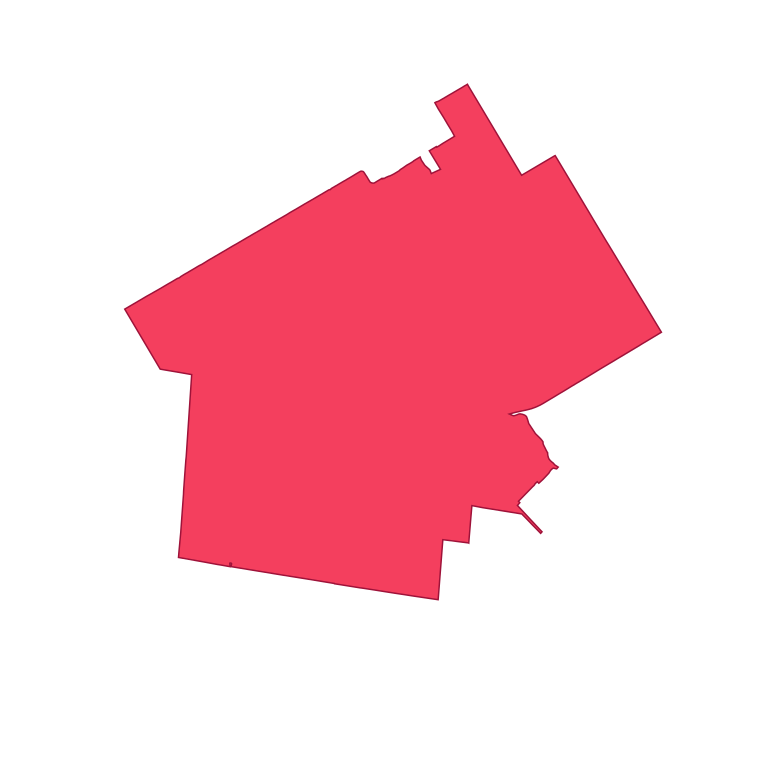 the district of Scanteia, Ialomita, Romania, rotated 238°
{"feature_id": "2599482B4025904881025", "entity_name": "Scanteia", "entity_type": "district", "adm_level": 2, "iso_a3": "ROU", "parent_name": "Romania", "parent_adm1": "Ialomita", "projection": "natural_earth1", "projection_center": [27.447, 44.74], "detail": "fine", "context": "isolated", "style": "filled", "palette": "rose", "viewbox_px": 768, "rotation_deg": 238, "n_neighbors": 0, "source": "geoboundaries", "source_scale": "gbopen_adm2", "svg_char_len": 4539}
<svg xmlns="http://www.w3.org/2000/svg" viewBox="0 0 768 768"><g transform="rotate(238 384 384)"><path d="M487.0,650.2L487.1,649.4L487.2,646.0L488.1,611.3L559.0,612.8L592.8,613.5L594.0,613.6L594.0,613.2L594.0,612.4L594.0,611.7L594.1,610.4L594.1,607.4L594.3,601.2L594.3,600.6L594.6,591.2L594.6,590.3L594.9,580.8L595.1,579.3L595.5,577.9L595.6,576.7L595.6,576.2L588.3,575.8L578.2,575.8L571.1,575.6L562.7,575.5L556.7,575.1L556.7,574.3L556.9,561.5L556.8,556.2L556.9,554.2L557.6,554.2L557.8,546.0L536.1,545.7L537.4,535.6L540.3,536.2L541.6,536.3L547.7,534.5L554.0,534.3L557.4,534.9L557.5,529.8L557.5,527.4L557.3,526.4L557.3,523.3L557.5,519.3L557.4,517.7L557.2,514.1L557.2,512.1L557.1,511.0L556.8,509.7L556.9,503.8L557.1,501.3L557.3,499.5L557.7,498.1L557.8,497.5L558.2,494.8L558.2,492.8L558.4,492.5L558.8,492.4L558.9,491.2L559.5,491.2L559.5,490.1L559.6,485.5L559.6,482.6L559.8,481.7L560.3,481.0L560.8,480.4L561.4,479.9L561.9,479.5L562.8,479.2L563.6,479.2L566.1,479.2L568.8,479.3L570.7,479.2L573.1,479.2L574.6,479.1L575.4,478.8L576.0,478.2L576.4,477.7L576.7,477.3L576.8,476.7L576.9,475.5L577.0,471.5L577.0,468.5L577.1,463.8L577.2,461.2L577.2,458.8L577.3,458.0L577.7,443.6L577.7,442.6L577.4,442.1L577.3,441.7L577.3,441.4L577.6,441.0L577.8,440.4L577.9,439.7L577.9,438.7L578.2,427.9L578.5,417.4L578.7,412.8L578.8,407.1L579.0,400.3L579.2,395.5L579.2,390.5L579.6,379.9L579.8,373.7L580.0,365.4L580.4,353.8L580.7,344.1L581.0,332.9L581.2,329.1L581.5,317.1L581.9,303.8L582.0,300.8L582.0,295.2L582.0,293.2L582.1,292.1L582.3,290.3L582.4,287.4L582.4,285.7L582.5,281.7L582.6,278.5L582.6,276.3L582.7,275.0L582.8,272.3L582.8,270.8L582.8,269.1L582.8,268.2L582.6,267.5L582.6,267.1L582.6,266.7L582.7,266.0L582.7,265.6L583.0,264.9L583.0,264.4L583.1,259.1L583.2,256.3L583.3,253.9L583.6,242.5L583.7,240.3L584.1,231.2L584.2,229.4L584.9,203.8L515.2,202.1L511.5,206.2L502.8,216.0L493.9,225.9L427.1,177.7L424.3,175.5L412.7,167.0L399.5,157.4L396.7,155.5L386.3,147.9L366.0,133.1L350.5,121.3L345.8,117.8L344.0,119.8L328.1,137.4L319.4,146.9L316.7,150.0L310.8,156.5L310.7,156.6L310.9,156.7L312.4,157.6L313.4,158.0L313.8,158.6L313.0,159.5L312.3,159.5L311.8,159.0L311.2,158.5L310.7,158.0L310.1,157.6L308.8,159.1L305.0,163.4L293.3,176.7L293.2,176.8L275.9,196.5L259.0,215.9L258.9,216.0L241.5,235.8L241.4,235.9L241.2,236.2L241.0,236.3L240.8,236.2L238.1,239.3L237.6,239.9L230.7,247.8L223.8,255.7L222.6,257.2L214.6,266.5L206.5,275.8L200.0,283.3L194.8,289.4L189.6,295.4L187.2,298.2L179.8,306.9L172.4,315.6L175.2,317.7L190.1,328.7L220.8,351.4L204.4,371.5L204.2,371.6L207.6,374.1L225.4,387.4L234.3,394.1L226.9,402.1L220.8,409.1L209.8,421.7L208.3,423.4L205.8,426.3L201.0,431.7L200.6,432.1L199.3,432.3L193.9,433.5L185.7,435.2L179.0,436.7L174.3,437.7L174.4,438.1L174.5,438.3L174.6,438.5L174.8,439.4L174.9,439.7L178.3,439.0L192.6,436.2L210.3,432.8L211.4,436.3L213.3,435.9L215.7,445.7L216.0,447.0L218.1,455.5L218.4,457.2L218.8,458.4L219.1,458.8L219.4,459.6L219.9,462.2L219.4,462.3L217.8,462.7L218.9,468.5L219.5,470.8L221.0,476.5L221.8,478.1L222.4,479.4L222.8,480.9L223.0,482.8L222.8,483.1L222.7,483.3L222.2,483.8L221.6,484.3L220.6,485.3L220.6,485.9L220.8,486.3L221.2,487.7L225.1,485.9L225.6,485.9L227.1,485.6L227.4,485.6L228.6,485.1L229.4,484.9L230.6,484.5L231.2,484.4L231.5,484.4L231.9,484.3L232.2,484.3L232.5,484.2L233.0,484.2L233.4,484.3L233.8,484.3L234.3,484.4L234.7,484.5L235.2,484.6L235.6,484.8L236.1,484.9L236.6,485.1L237.1,485.3L237.7,485.6L238.3,485.9L238.8,486.3L239.5,486.3L240.1,486.3L240.8,486.4L241.5,486.4L242.5,486.5L243.5,486.6L245.6,486.8L247.8,487.0L248.1,487.1L249.2,487.3L249.6,487.6L250.8,488.2L252.4,488.1L253.2,488.0L253.8,487.9L254.7,487.8L255.3,487.6L256.1,487.5L257.5,487.1L261.7,486.1L266.2,486.0L270.0,485.9L273.8,485.8L276.2,486.5L278.5,487.1L280.4,487.5L281.3,487.5L282.3,487.1L282.7,487.0L283.8,486.3L285.0,485.3L286.4,483.8L287.0,482.7L287.3,481.1L287.6,479.5L288.0,477.9L288.6,476.8L290.3,475.6L292.1,474.4L291.4,476.8L291.0,478.2L290.4,480.1L289.3,483.2L288.5,485.4L288.1,486.6L287.5,488.2L286.9,489.8L286.6,490.7L286.0,492.5L285.7,493.4L285.1,495.5L284.9,496.0L284.5,498.0L284.1,499.8L283.9,501.1L283.7,502.3L283.6,503.5L283.4,504.8L283.3,506.7L283.2,508.5L283.1,514.5L282.9,525.8L282.9,526.5L282.7,537.1L282.7,540.8L282.6,546.8L282.3,561.9L282.2,570.4L282.2,571.9L282.1,578.5L282.0,582.9L281.8,594.0L281.3,621.6L281.3,623.8L280.9,646.7L287.9,646.8L295.1,646.9L312.0,647.2L331.7,647.4L354.8,647.8L383.4,648.2L384.3,648.2L387.1,648.2L413.7,648.7L422.2,648.9L471.7,649.9L486.8,650.2L487.0,650.2Z" fill="#f43f5e" stroke="#9f1239" stroke-width="1.5"/></g></svg>